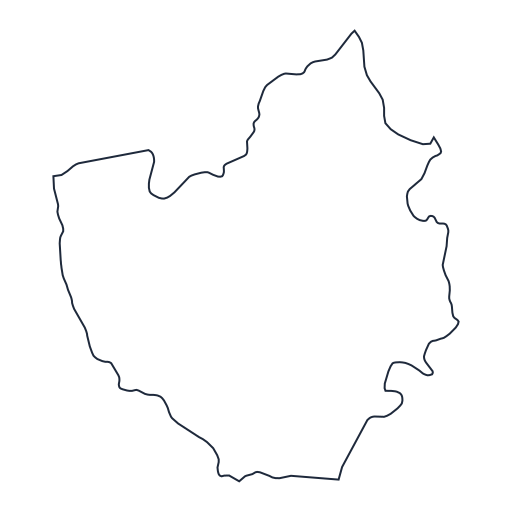 SVG path tracing the border of Phayao
{"feature_id": "THA-394", "entity_name": "Phayao", "entity_type": "Province", "adm_level": 1, "iso_a3": "THA", "parent_name": "Thailand", "parent_adm1": "", "projection": "robinson", "projection_center": [100.226, 19.268], "detail": "fine", "context": "isolated", "style": "outline", "palette": "slate", "viewbox_px": 512, "rotation_deg": 0, "n_neighbors": 0, "source": "natural_earth", "source_scale": "10m", "svg_char_len": 4310}
<svg xmlns="http://www.w3.org/2000/svg" viewBox="0 0 512 512"><path d="M354.6,30.7L359.0,37.0L361.9,42.8L363.3,50.5L364.4,66.7L366.9,75.2L370.5,81.4L379.2,93.2L382.7,99.7L384.1,107.9L384.1,115.9L385.4,123.2L390.7,129.2L398.2,134.4L410.6,140.2L422.9,144.2L430.3,143.7L433.8,137.4L438.2,144.5L440.3,148.4L440.7,149.8L441.1,151.6L440.5,153.2L438.7,154.5L437.1,155.5L435.4,156.0L432.7,157.5L430.3,159.6L428.9,162.0L427.3,165.6L424.5,173.2L421.4,179.1L409.7,189.1L407.9,191.6L407.3,193.8L406.9,196.4L407.6,203.6L408.2,205.8L410.2,210.5L413.5,215.8L414.6,216.9L417.1,218.8L419.7,220.1L423.2,220.9L424.9,220.9L426.3,220.4L427.3,219.2L428.1,217.8L429.0,216.5L430.4,215.9L432.1,216.0L433.5,216.6L434.6,217.7L436.7,222.0L437.9,223.0L439.4,223.5L442.7,223.5L444.3,223.7L445.7,224.3L446.7,225.5L447.9,228.6L448.3,230.3L448.3,232.2L447.2,237.9L446.6,246.2L442.7,264.9L443.0,267.1L443.9,270.4L445.6,275.2L448.5,280.9L449.0,282.5L449.4,284.3L449.7,286.4L449.8,290.5L449.2,296.4L449.2,298.4L449.6,300.1L450.2,301.7L451.0,303.1L451.6,304.7L451.9,306.6L452.4,312.7L453.2,316.2L454.1,317.5L455.1,318.4L456.5,319.3L457.7,320.3L458.6,321.6L458.0,324.1L455.8,327.5L449.7,333.7L446.4,336.2L443.9,337.8L442.4,338.3L440.7,338.7L436.0,340.4L434.4,340.7L432.8,340.9L431.0,341.7L428.9,343.7L426.0,350.1L424.8,353.5L424.0,356.3L424.1,358.1L424.5,359.7L425.2,361.2L426.0,362.5L432.6,371.2L432.8,372.8L432.1,374.3L429.6,375.1L427.6,375.3L425.8,374.8L424.1,374.1L422.8,373.4L419.3,370.5L411.5,365.4L408.4,364.0L405.3,362.9L402.2,362.4L399.7,362.2L395.8,362.4L394.0,362.7L392.6,363.3L390.6,366.3L388.4,371.4L384.8,383.5L384.6,388.2L385.5,390.8L391.4,390.9L395.1,391.3L396.8,391.7L399.8,393.1L400.9,394.2L401.7,395.4L402.2,397.1L402.4,399.0L402.4,400.8L401.8,403.5L400.3,405.5L397.5,408.4L390.7,413.8L387.0,415.8L384.1,416.8L374.3,416.5L372.5,416.8L371.0,417.3L369.7,418.0L367.4,420.0L342.1,467.0L338.6,479.6L291.0,475.8L279.5,478.2L275.4,478.1L272.3,477.4L269.4,475.9L260.0,472.3L257.2,471.9L255.4,472.3L252.4,474.1L246.4,475.7L245.0,476.3L239.2,481.3L229.1,475.5L224.3,475.6L221.6,476.3L220.0,475.7L218.9,474.5L218.3,472.9L217.9,471.2L217.7,469.4L217.5,467.5L217.9,465.7L218.7,462.1L218.7,459.3L217.2,455.2L213.2,448.2L207.0,442.1L202.8,439.1L199.0,437.1L178.1,423.5L172.1,418.2L171.0,416.7L169.0,412.1L167.8,408.0L166.6,405.3L164.0,400.5L162.2,398.2L160.5,396.7L157.6,395.5L156.2,395.2L153.6,394.9L150.1,394.9L147.7,394.6L145.0,393.9L138.7,390.6L136.6,389.9L135.1,390.1L131.9,390.9L129.6,390.9L127.0,390.5L122.7,389.3L120.9,388.6L120.0,388.0L119.4,387.2L119.0,385.9L118.8,384.3L119.4,380.9L119.4,379.0L119.2,377.3L118.4,375.3L111.2,363.2L109.5,362.2L107.7,361.8L105.3,361.8L102.3,361.1L97.3,359.0L95.1,357.3L93.5,355.7L92.1,352.7L89.8,346.4L87.2,335.7L87.0,333.8L86.2,331.1L84.8,327.6L74.1,308.9L72.9,305.7L72.1,303.0L72.0,301.0L71.6,299.1L71.1,297.3L68.0,289.8L66.5,284.6L63.8,278.5L62.7,275.2L61.5,267.8L61.3,265.9L61.0,263.9L60.9,262.0L60.7,260.1L59.7,243.4L60.0,239.2L60.3,237.3L61.0,235.6L63.2,231.3L63.2,228.8L62.4,225.3L59.2,218.5L58.0,214.7L57.4,211.7L58.2,206.1L58.0,204.2L54.0,188.6L53.4,176.2L61.5,175.0L67.4,171.1L73.0,166.3L76.0,164.4L78.6,163.3L148.5,150.1L151.1,151.8L152.1,153.0L152.9,154.4L153.5,156.1L153.9,157.9L154.1,159.9L154.1,161.9L149.4,179.6L148.9,183.6L148.9,187.8L149.7,191.5L151.1,193.4L153.5,195.1L158.8,197.8L161.8,198.5L164.1,198.6L167.2,197.6L170.0,196.0L174.4,192.4L189.2,176.8L191.4,175.6L194.7,174.4L201.3,172.7L204.8,172.2L207.4,172.2L208.7,172.6L213.1,174.8L218.0,176.6L220.4,176.7L222.2,176.2L223.0,175.0L223.5,173.6L223.9,172.1L223.9,170.3L223.7,167.2L224.0,166.1L224.7,165.1L225.7,164.3L226.8,163.6L244.1,156.0L246.0,154.6L246.7,153.4L247.1,151.9L247.3,150.1L247.4,148.3L247.0,141.5L247.1,141.1L247.3,140.6L247.8,139.6L250.3,136.7L253.6,132.2L254.2,131.1L254.5,129.7L254.4,128.2L253.9,126.7L253.6,125.1L253.6,123.5L254.1,122.2L254.9,121.2L256.9,119.5L257.8,118.5L258.6,117.4L259.1,116.0L259.4,114.5L259.2,112.9L258.4,109.9L258.0,108.2L258.0,106.4L258.7,103.5L259.8,101.0L263.3,91.0L265.2,87.2L266.2,86.0L267.2,84.9L278.2,76.7L281.4,74.9L284.1,73.8L285.8,73.5L296.3,74.4L300.5,74.2L302.6,73.4L304.1,72.2L304.8,70.9L305.3,69.5L306.1,68.1L307.4,66.3L310.6,63.4L312.9,62.2L315.1,61.5L327.0,59.6L329.9,58.5L332.0,57.6L335.3,54.5L351.4,33.7L354.6,30.7Z" fill="none" stroke="#1e293b" stroke-width="2"/></svg>